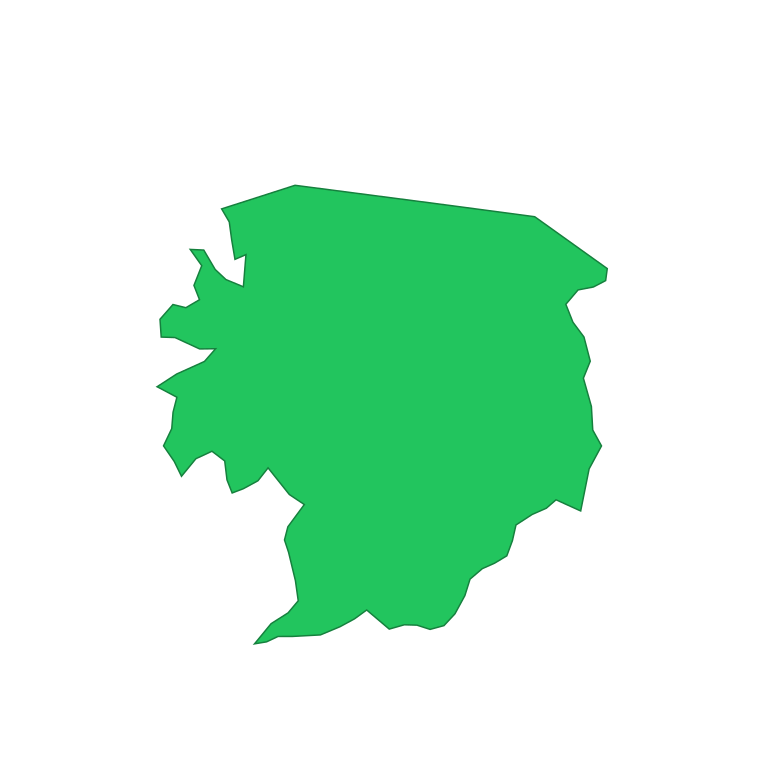 the district of Mulungu, Ceará, Brazil, rotated 327°
{"feature_id": "56859067B22800434972172", "entity_name": "Mulungu", "entity_type": "district", "adm_level": 2, "iso_a3": "BRA", "parent_name": "Brazil", "parent_adm1": "Ceará", "projection": "albers", "projection_center": [-39.009, -4.317], "detail": "fine", "context": "isolated", "style": "filled", "palette": "green", "viewbox_px": 768, "rotation_deg": 327, "n_neighbors": 0, "source": "geoboundaries", "source_scale": "gbopen_adm2", "svg_char_len": 1251}
<svg xmlns="http://www.w3.org/2000/svg" viewBox="0 0 768 768"><g transform="rotate(327 384 384)"><path d="M479.8,597.6L509.8,566.9L532.7,554.4L534.0,536.3L545.7,515.8L554.4,487.7L569.4,477.2L577.3,453.5L576.1,435.1L579.9,416.2L598.0,410.8L612.5,416.7L626.2,418.0L634.1,408.8L601.5,325.8L536.1,269.8L417.6,168.9L343.2,148.7L342.5,163.8L334.8,180.1L326.9,198.3L338.7,200.3L330.0,211.6L319.0,225.9L308.3,210.3L304.8,196.0L305.8,173.5L294.8,165.6L295.6,185.5L278.3,197.8L275.2,212.8L259.4,212.1L250.3,202.4L231.4,207.7L222.7,223.3L234.0,231.2L240.6,241.7L248.5,254.2L262.0,262.7L245.7,267.3L215.6,262.7L192.2,262.7L203.1,282.3L191.7,292.8L181.7,305.8L165.4,315.8L165.9,334.7L163.9,351.1L185.6,344.2L203.1,346.7L208.5,361.8L200.1,378.9L197.3,392.7L209.0,395.2L225.6,396.5L241.1,391.2L244.4,425.1L251.5,441.7L225.6,451.4L215.6,460.6L212.3,473.2L202.6,500.7L194.0,519.1L178.9,523.7L158.8,523.5L133.9,531.4L145.1,536.3L157.6,538.0L170.0,546.0L194.0,559.8L214.9,563.6L231.4,564.9L246.4,564.1L254.9,592.4L269.9,597.0L280.3,604.2L289.0,614.9L302.7,619.3L318.3,615.4L336.6,605.5L349.9,594.5L365.9,592.4L379.2,594.5L393.4,595.0L406.4,585.3L417.9,574.1L437.2,574.1L452.5,576.6L465.2,574.8L479.8,597.6Z" fill="#22c55e" stroke="#15803d" stroke-width="1.5"/></g></svg>